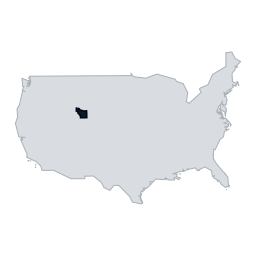 Fremont, Wyoming, United States of America shown in context
{"feature_id": "52423323B51643539353926", "entity_name": "Fremont", "entity_type": "district", "adm_level": 2, "iso_a3": "USA", "parent_name": "United States of America", "parent_adm1": "Wyoming", "projection": "albers", "projection_center": [-109.435, 43.135], "detail": "fine", "context": "in_parent", "style": "filled", "palette": "ink", "viewbox_px": 256, "rotation_deg": 0, "n_neighbors": 0, "source": "geoboundaries", "source_scale": "gbopen_adm2", "svg_char_len": 4594}
<svg xmlns="http://www.w3.org/2000/svg" viewBox="0 0 256 256"><path d="M212.7,74.3L225.9,66.5L225.9,52.7L231.8,52.0L235.4,58.7L240.6,61.5L236.4,65.9L236.7,67.3L235.1,66.2L235.2,69.5L232.0,73.4L232.5,81.6L236.3,83.3L237.7,82.2L236.6,81.1L237.4,81.5L238.3,82.8L234.1,86.1L232.6,84.9L233.1,87.3L228.0,90.3L225.1,94.9L224.9,93.1L224.0,92.3L224.6,96.5L226.0,96.6L227.0,100.0L225.9,105.2L221.9,104.0L222.6,100.7L221.3,103.3L223.3,105.8L225.2,106.9L226.2,108.6L225.4,116.7L224.8,112.1L220.3,109.4L220.5,104.5L218.2,106.9L221.7,112.6L218.2,111.9L217.4,112.5L217.4,110.2L217.2,109.6L216.8,111.5L217.3,112.8L222.4,113.5L221.9,115.0L219.2,113.6L218.4,113.5L221.7,115.1L222.9,115.2L223.0,117.0L221.2,116.3L224.1,117.9L223.8,118.4L222.3,117.6L219.5,118.1L223.6,119.0L225.6,118.1L230.0,122.9L226.4,119.3L228.1,121.9L224.0,122.9L227.9,124.5L229.0,123.1L228.3,126.4L224.2,127.0L227.0,127.4L225.5,129.5L228.2,129.5L224.3,131.8L223.6,136.7L220.1,139.4L215.1,149.8L213.7,149.3L213.2,157.2L213.5,159.0L216.5,163.8L227.8,177.1L228.5,185.9L225.6,187.5L221.1,184.2L219.3,180.8L213.6,178.0L214.4,175.7L212.4,176.5L211.5,170.7L204.8,166.9L197.4,170.6L195.1,167.8L187.5,169.7L188.1,168.2L187.1,169.8L183.8,171.3L183.1,168.8L183.0,170.7L172.5,173.8L177.3,174.0L176.3,176.6L180.3,178.0L178.8,179.6L174.3,177.5L174.6,179.9L169.1,180.1L165.5,177.8L164.0,179.7L155.8,179.0L151.9,183.0L152.9,181.9L150.3,181.5L149.8,185.7L145.4,189.1L146.4,188.1L143.2,188.2L144.5,189.4L141.1,191.6L140.3,196.2L138.5,195.8L140.1,196.8L141.0,200.8L142.8,203.0L141.8,204.0L132.4,202.1L129.6,196.4L118.9,185.5L114.1,185.3L109.9,190.4L104.0,187.6L101.1,182.2L93.3,176.0L84.8,176.2L84.8,178.7L71.0,178.7L53.5,170.3L42.0,170.4L40.8,166.0L36.3,161.6L26.7,157.3L27.1,154.3L20.7,139.7L21.2,138.3L22.6,140.3L21.9,137.3L25.4,137.5L18.9,136.9L15.4,123.4L17.6,117.0L17.0,109.1L19.5,104.6L22.6,90.7L25.4,91.6L22.3,90.3L23.8,86.7L22.7,86.6L22.0,78.3L28.9,80.9L26.9,84.8L29.6,82.3L28.9,85.7L27.1,86.3L28.3,86.6L29.8,85.4L30.8,81.9L29.6,76.2L131.4,75.6L131.1,73.6L133.6,76.7L145.8,78.2L156.9,74.1L175.1,79.2L176.5,81.4L183.1,83.6L187.8,92.6L186.4,101.5L189.0,103.4L201.2,92.3L199.4,89.1L200.4,88.0L207.9,84.7L212.7,74.3ZM230.3,91.1L232.4,89.6L225.2,95.5L230.8,89.8L230.3,91.1ZM29.7,79.6L30.3,82.0L30.2,82.3L29.1,80.4L29.7,79.6ZM142.6,202.3L140.9,198.9L140.7,196.9L141.1,199.0L142.6,202.3ZM237.0,65.9L237.5,66.9L237.1,66.9L237.0,65.9ZM165.8,178.9L166.2,179.6L165.2,179.2L165.8,178.9ZM30.2,161.1L31.3,160.8L30.2,161.1ZM29.0,160.6L28.5,161.2L28.1,160.6L29.0,160.6ZM236.3,85.2L236.0,86.2L235.8,86.1L236.3,85.2ZM141.1,194.9L140.6,196.6L141.8,193.3L141.1,194.9ZM224.3,172.6L226.4,175.3L224.0,172.4L224.3,172.6ZM35.7,164.5L36.1,165.4L35.6,164.6L35.7,164.5ZM229.2,186.1L228.6,187.5L229.5,184.9L229.2,186.1ZM231.1,124.6L230.6,126.2L230.2,123.1L231.1,124.6ZM29.0,77.7L28.9,78.3L28.5,77.9L29.0,77.7ZM144.6,190.0L143.0,191.0L144.7,189.8L144.6,190.0ZM238.6,84.4L238.9,85.2L238.2,85.3L238.6,84.4ZM35.4,167.0L35.7,168.1L35.3,167.1L35.4,167.0ZM142.7,191.7L142.1,192.2L142.6,191.5L142.7,191.7ZM226.4,110.1L226.1,112.1L226.3,109.4L226.4,110.1ZM151.5,183.8L150.5,184.6L151.9,183.2L151.5,183.8ZM213.6,158.0L213.9,159.3L213.5,158.4L213.6,158.0ZM228.7,129.5L228.4,129.9L229.0,128.6L228.7,129.5ZM200.1,169.5L199.0,170.6L198.5,170.6L200.1,169.5ZM183.2,171.2L183.0,171.5L182.3,171.6L183.2,171.2ZM217.9,181.4L218.4,182.2L217.6,181.3L217.9,181.4ZM180.3,173.9L180.3,174.7L179.9,173.3L180.3,173.9ZM226.9,189.3L226.2,189.7L227.2,189.1L226.9,189.3ZM227.0,100.6L226.9,101.6L227.0,100.2L227.0,100.6ZM230.0,126.8L229.7,127.2L230.0,126.8Z" fill="#d9dde1" stroke="#a8b0b8" stroke-width="1"/><path d="M86.6,110.8L86.3,110.8L84.0,111.0L83.3,111.1L82.8,111.0L82.8,110.8L82.3,110.8L82.3,110.7L81.8,110.7L81.8,110.4L81.4,110.4L80.9,110.3L80.9,110.2L79.9,110.2L79.9,109.7L79.6,109.4L79.5,109.2L79.3,109.2L79.2,108.9L79.1,108.7L78.9,108.6L78.7,108.4L78.4,108.3L78.2,108.4L78.1,108.5L77.9,108.7L77.9,108.8L77.8,109.0L77.7,109.0L77.4,109.1L77.2,109.0L77.1,108.9L77.3,108.9L77.2,108.8L77.3,108.8L77.3,108.7L77.2,108.7L77.1,108.4L76.9,108.4L76.6,108.3L76.6,108.2L76.4,108.1L76.3,109.1L76.3,111.1L77.5,111.1L77.5,111.3L77.5,111.6L77.8,111.6L77.8,111.8L77.8,112.1L77.9,112.3L77.9,112.5L78.0,112.7L78.0,112.8L78.1,113.0L78.3,113.2L78.4,113.3L78.3,113.5L78.6,113.6L78.8,113.8L79.0,114.0L79.3,114.3L79.3,114.5L79.5,114.5L79.6,114.8L79.8,114.8L79.7,114.9L79.7,115.0L79.8,115.0L80.1,115.1L80.1,115.3L80.3,115.4L80.4,116.8L80.5,116.8L80.5,117.8L83.0,117.8L86.8,117.7L86.8,116.8L86.7,116.8L86.6,114.8L86.8,114.8L86.8,114.3L86.7,112.9L86.6,110.9L86.6,110.8Z" fill="#0f172a" stroke="#020617" stroke-width="1.5"/></svg>